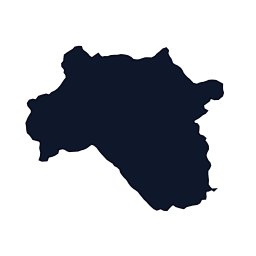 the district of Conceição do Rio Verde, Minas Gerais, Brazil, rotated 261°
{"feature_id": "56859067B49898268691236", "entity_name": "Conceição do Rio Verde", "entity_type": "district", "adm_level": 2, "iso_a3": "BRA", "parent_name": "Brazil", "parent_adm1": "Minas Gerais", "projection": "robinson", "projection_center": [-45.092, -21.892], "detail": "fine", "context": "isolated", "style": "filled", "palette": "ink", "viewbox_px": 256, "rotation_deg": 261, "n_neighbors": 0, "source": "geoboundaries", "source_scale": "gbopen_adm2", "svg_char_len": 2829}
<svg xmlns="http://www.w3.org/2000/svg" viewBox="0 0 256 256"><g transform="rotate(261 128 128)"><path d="M215.6,94.6L216.2,91.7L216.0,88.3L214.2,86.1L212.8,82.8L211.5,79.7L210.0,76.8L207.0,75.9L203.9,75.1L202.0,72.8L199.1,72.5L197.3,73.7L195.3,74.7L192.8,73.8L190.3,75.1L187.2,75.1L185.3,72.9L182.9,70.7L179.9,67.9L177.5,64.9L175.9,62.1L174.7,58.1L172.7,55.4L174.1,52.4L173.7,48.2L173.1,44.7L171.4,43.0L169.9,41.2L171.1,38.5L170.7,35.0L168.2,32.7L165.6,32.8L163.1,34.3L160.8,35.5L158.5,35.3L156.8,33.8L154.9,32.2L153.0,30.7L150.9,29.5L148.8,28.2L146.5,28.2L144.5,28.2L141.8,27.9L138.9,28.1L137.0,29.8L134.3,31.3L131.7,32.4L130.5,35.2L129.1,38.3L127.2,39.4L124.8,38.8L122.1,37.9L119.6,38.0L117.3,38.2L113.6,37.2L110.4,35.5L109.0,37.7L108.7,40.3L108.5,42.9L111.8,44.8L112.1,48.5L112.8,51.5L114.2,54.6L117.6,56.0L118.0,60.1L116.9,62.6L115.2,64.4L114.1,66.4L113.9,68.9L113.6,71.8L113.3,75.0L113.9,78.0L114.2,81.0L115.2,84.2L116.8,87.2L117.9,89.5L116.4,92.2L113.5,94.6L110.0,96.3L106.6,98.4L103.5,100.5L100.6,102.4L98.3,104.8L95.7,107.8L93.1,109.0L91.2,111.6L88.4,113.7L85.6,113.9L82.9,115.1L80.0,116.8L78.0,118.4L75.9,119.5L73.4,120.4L70.1,122.2L67.6,124.3L66.0,126.1L63.7,128.3L60.4,130.0L57.8,131.6L55.1,133.1L53.2,134.7L51.4,135.9L49.2,137.3L46.8,139.1L44.3,141.2L42.6,143.7L43.4,147.8L41.3,150.6L40.6,153.6L42.8,156.2L44.4,158.3L45.6,160.7L43.1,163.1L41.3,166.8L39.8,170.5L41.4,173.4L41.7,176.4L42.0,179.8L41.9,184.4L43.0,187.1L46.2,189.5L45.8,193.4L48.2,194.2L50.6,194.2L53.5,195.1L53.3,197.6L54.3,201.2L56.9,199.4L59.7,198.1L62.2,198.7L64.2,199.1L67.2,199.2L70.5,199.4L73.5,200.0L75.3,201.9L77.9,203.6L80.7,203.3L83.0,201.9L85.6,201.0L88.1,200.5L90.1,201.0L92.0,202.1L94.6,204.0L97.8,204.3L100.9,203.3L103.8,201.6L105.6,203.1L108.2,201.0L109.6,198.0L112.2,196.7L115.1,197.5L118.6,198.2L121.1,197.1L122.4,194.1L125.1,193.9L126.3,197.1L127.1,199.3L128.3,201.5L129.6,203.7L130.5,206.6L132.6,209.1L135.0,206.1L138.7,205.8L140.6,209.6L142.1,212.5L144.7,214.1L142.7,217.8L142.3,221.8L143.7,224.0L144.9,226.2L147.9,227.6L151.0,227.2L154.1,227.6L156.6,228.1L158.8,225.2L161.0,222.3L161.9,218.8L162.2,215.4L161.5,212.5L161.1,210.0L161.1,206.7L160.2,202.8L161.8,199.2L164.0,197.7L166.1,196.3L168.8,193.9L171.7,192.0L173.8,190.9L176.0,190.4L178.7,189.1L181.3,186.5L183.1,183.8L184.8,182.0L187.1,181.6L189.4,181.1L191.9,179.8L195.3,178.8L198.3,179.9L201.0,178.3L200.4,174.9L198.1,171.5L196.4,168.4L194.6,166.2L193.2,162.4L194.0,158.7L194.4,156.0L194.0,153.3L193.4,149.6L193.7,146.9L194.7,143.7L197.0,142.0L199.1,139.3L200.5,135.8L201.4,132.3L201.2,129.2L201.7,125.8L202.0,122.3L201.4,119.0L202.0,116.1L201.8,113.4L203.7,111.6L206.2,110.3L204.8,107.3L202.8,103.4L204.7,101.1L207.2,99.7L209.3,98.0L211.0,96.2L212.8,95.0L215.6,94.6ZM54.3,201.2L52.5,203.0L54.0,205.2L54.3,201.2Z" fill="#0f172a" stroke="#020617" stroke-width="1.5"/></g></svg>